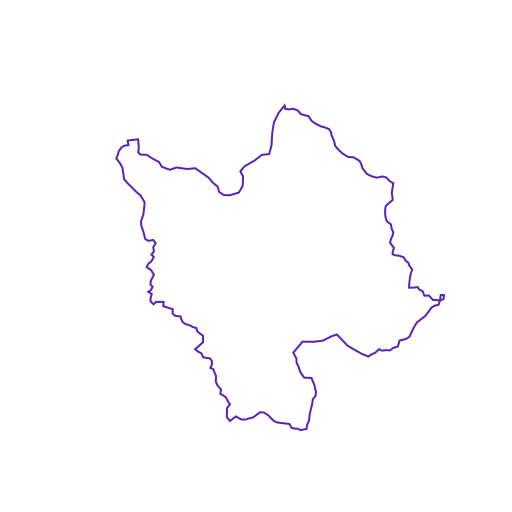 Gameleira de Goiás, Goiás, Brazil (Natural Earth projection), rotated 39°
{"feature_id": "56859067B59068053253538", "entity_name": "Gameleira de Goiás", "entity_type": "district", "adm_level": 2, "iso_a3": "BRA", "parent_name": "Brazil", "parent_adm1": "Goiás", "projection": "natural_earth1", "projection_center": [-48.667, -16.409], "detail": "fine", "context": "isolated", "style": "outline", "palette": "violet", "viewbox_px": 512, "rotation_deg": 39, "n_neighbors": 0, "source": "geoboundaries", "source_scale": "gbopen_adm2", "svg_char_len": 3250}
<svg xmlns="http://www.w3.org/2000/svg" viewBox="0 0 512 512"><g transform="rotate(39 256 256)"><path d="M183.5,121.0L183.5,130.5L185.8,140.7L190.6,149.2L193.6,153.6L198.3,160.0L202.1,168.5L196.9,173.7L194.9,182.5L190.6,193.7L190.6,200.1L195.9,202.3L201.6,210.0L202.7,217.6L197.4,225.3L192.6,228.9L186.9,229.4L182.6,226.2L177.3,226.2L169.5,225.0L153.6,226.0L147.8,231.7L138.6,237.2L134.8,243.2L126.9,245.9L121.2,244.0L115.1,245.3L107.3,246.2L102.5,249.8L99.3,249.6L96.5,245.3L90.9,239.5L83.6,247.1L87.1,250.1L84.2,253.2L83.2,256.3L83.4,260.8L85.0,264.5L86.1,268.2L91.2,269.3L96.5,271.4L101.6,275.9L104.9,279.2L109.5,280.1L122.7,281.5L128.3,281.6L135.7,284.4L139.0,289.3L142.4,294.7L144.8,301.6L148.1,304.8L153.2,308.0L159.1,312.4L162.6,312.1L166.1,308.2L170.0,309.2L170.6,313.9L173.9,316.7L173.9,320.8L177.2,321.0L178.0,325.8L177.2,330.4L178.1,333.5L183.5,333.0L188.5,334.8L189.8,341.5L192.0,344.6L194.9,344.9L195.8,348.2L194.8,351.6L198.9,351.1L200.5,355.0L202.6,357.6L206.8,358.0L207.2,354.5L213.0,349.8L215.5,353.3L219.5,351.8L224.9,349.7L227.2,353.1L230.8,353.4L235.5,350.4L237.9,352.3L240.6,353.5L244.2,353.3L248.1,351.5L251.9,350.9L254.9,349.5L258.0,351.6L261.9,351.5L265.0,351.3L269.1,356.4L268.3,361.4L267.3,366.8L271.3,366.8L274.7,366.0L278.8,368.0L284.5,364.6L288.0,365.4L290.1,368.3L291.0,371.7L294.0,370.8L297.5,372.9L300.4,374.4L303.7,378.8L307.2,380.7L312.9,381.8L314.9,385.5L317.8,385.0L321.6,384.8L326.2,386.9L329.1,387.6L329.3,392.8L331.5,395.3L334.5,399.5L339.5,400.6L341.4,393.3L347.4,392.3L350.9,389.6L352.6,386.9L355.3,383.3L357.5,374.9L360.7,372.6L366.0,372.0L370.0,372.7L374.3,372.9L377.3,372.0L387.7,365.5L391.8,367.1L394.5,365.9L397.2,363.9L400.1,363.3L404.1,358.6L401.9,354.9L401.0,350.8L397.7,345.9L394.6,339.6L392.6,335.2L390.3,331.6L390.3,327.1L387.9,323.6L385.0,321.6L382.6,319.5L379.5,317.9L376.0,315.9L373.3,317.7L370.1,320.2L366.6,319.3L363.0,318.1L359.3,315.6L354.7,313.4L352.0,310.3L345.8,307.6L346.1,293.3L355.1,286.1L361.3,279.6L365.4,270.5L368.3,266.1L383.8,268.1L398.7,265.7L406.5,263.5L407.6,259.9L409.5,256.3L410.3,251.0L413.6,250.2L416.3,247.3L419.5,245.1L420.5,241.1L423.2,237.0L420.7,231.3L424.6,226.4L426.1,222.3L423.7,212.5L422.8,206.4L425.2,196.5L425.2,192.8L425.0,188.8L424.9,185.4L426.1,182.2L428.6,179.0L427.0,174.9L423.5,176.9L421.3,178.8L415.2,177.9L411.9,180.9L407.6,178.5L403.8,179.3L401.1,178.5L398.2,181.6L394.9,184.3L392.3,180.8L389.6,176.5L387.5,172.6L385.9,168.2L381.0,166.9L378.5,165.3L375.1,165.5L371.6,164.0L366.9,165.8L363.8,167.8L361.1,168.7L359.2,166.1L358.2,162.9L355.1,162.2L351.8,161.3L350.3,158.2L349.4,154.5L347.8,151.1L344.6,149.7L341.0,146.5L335.7,146.7L331.3,143.5L328.0,139.8L325.4,135.7L326.0,130.9L327.0,126.4L324.8,124.2L321.8,121.5L318.8,116.3L316.8,113.0L313.1,113.7L307.9,113.0L304.2,114.6L300.5,119.2L295.5,121.3L290.5,122.4L286.6,121.5L283.4,120.8L280.2,118.5L276.5,116.9L269.5,118.0L265.4,121.0L261.6,121.5L258.3,121.9L253.1,121.5L248.3,120.6L245.0,118.0L242.0,116.3L238.5,114.4L235.8,112.3L232.9,111.4L228.8,112.7L224.7,114.5L219.1,115.7L214.2,116.0L208.6,114.3L204.8,116.2L201.4,117.5L197.1,116.6L192.3,118.1L189.3,121.3L186.3,123.3L183.5,121.0ZM427.0,174.9L428.8,171.4L426.7,168.0L424.1,170.1L427.0,174.9Z" fill="none" stroke="#5b21b6" stroke-width="2"/></g></svg>